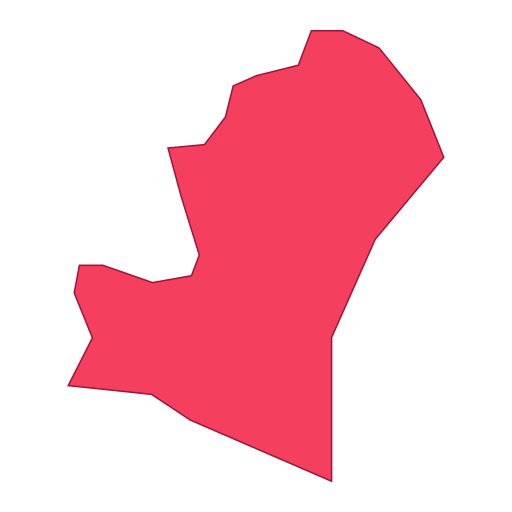 the state/province of Birżebbuġa
{"feature_id": "MLT-5968", "entity_name": "Birżebbuġa", "entity_type": "state/province", "adm_level": 1, "iso_a3": "MLT", "parent_name": "Malta", "parent_adm1": "", "projection": "equal_earth", "projection_center": [14.516, 35.821], "detail": "fine", "context": "isolated", "style": "filled", "palette": "rose", "viewbox_px": 512, "rotation_deg": 0, "n_neighbors": 0, "source": "natural_earth", "source_scale": "10m", "svg_char_len": 444}
<svg xmlns="http://www.w3.org/2000/svg" viewBox="0 0 512 512"><path d="M443.8,157.3L375.3,239.2L331.6,337.5L331.6,481.3L190.3,420.1L151.6,394.4L68.2,385.6L82.0,358.5L92.4,337.8L74.2,292.9L79.4,265.3L102.9,265.3L152.4,282.6L191.5,275.7L199.3,255.0L181.1,196.3L168.0,148.0L204.5,144.6L225.4,117.0L233.2,85.9L256.6,75.6L298.3,65.2L311.4,30.7L342.7,30.7L379.1,48.0L420.8,99.7L443.8,157.3Z" fill="#f43f5e" stroke="#9f1239" stroke-width="1.5"/></svg>